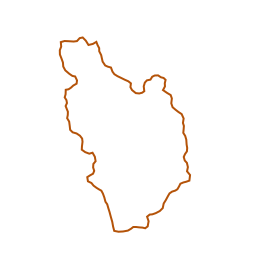 the district of Caputira, Minas Gerais, Brazil, rotated 164°
{"feature_id": "56859067B74666845196583", "entity_name": "Caputira", "entity_type": "district", "adm_level": 2, "iso_a3": "BRA", "parent_name": "Brazil", "parent_adm1": "Minas Gerais", "projection": "robinson", "projection_center": [-42.251, -20.183], "detail": "fine", "context": "isolated", "style": "outline", "palette": "amber", "viewbox_px": 256, "rotation_deg": 164, "n_neighbors": 0, "source": "geoboundaries", "source_scale": "gbopen_adm2", "svg_char_len": 2017}
<svg xmlns="http://www.w3.org/2000/svg" viewBox="0 0 256 256"><g transform="rotate(164 128 128)"><path d="M77.9,147.9L80.9,151.1L83.9,154.8L81.0,157.8L80.3,160.9L78.6,163.9L80.0,166.3L82.4,167.7L84.6,170.3L87.9,171.1L90.6,170.6L93.1,168.3L96.7,168.6L99.3,167.0L101.4,163.7L102.2,158.9L104.7,158.0L107.7,158.1L110.9,159.4L113.7,163.4L114.4,166.6L112.9,170.1L114.8,172.8L117.8,175.3L121.1,178.3L123.9,180.8L126.3,183.5L127.4,186.5L127.7,190.8L130.6,192.6L132.7,194.4L134.1,198.8L133.9,202.3L133.7,205.5L134.5,209.7L133.7,212.7L134.4,216.1L134.7,219.5L138.6,218.5L143.1,218.7L144.5,223.6L146.6,227.5L149.7,227.7L153.1,225.6L156.4,226.1L160.3,227.5L165.0,229.1L168.9,229.1L169.8,224.6L172.1,221.6L173.2,217.4L172.8,213.3L172.5,208.9L173.3,204.9L172.4,200.7L169.5,196.3L167.1,193.4L164.6,192.1L163.9,187.8L165.2,184.8L168.9,183.9L171.9,182.4L174.5,181.6L177.3,181.9L178.7,177.6L180.4,174.9L179.5,171.7L179.8,168.8L181.9,166.3L181.6,163.1L181.3,160.2L182.3,157.1L183.8,154.2L182.8,150.4L183.4,146.3L184.1,142.2L182.4,139.1L178.9,136.9L176.3,133.8L175.0,130.5L175.5,127.3L177.3,123.1L178.4,119.9L175.8,116.6L172.3,114.0L168.9,114.0L167.8,109.5L168.3,105.0L171.2,103.0L172.4,99.7L172.3,96.1L174.2,93.7L177.3,93.0L180.7,92.0L181.2,87.8L178.3,85.2L177.0,82.1L174.7,79.1L172.8,77.0L170.9,75.1L170.2,71.9L169.9,67.7L170.0,63.3L169.0,60.4L169.0,56.1L168.9,52.3L169.0,47.5L169.0,42.2L169.5,37.2L169.6,32.9L165.7,30.9L161.3,29.9L156.4,29.4L152.9,30.3L150.2,31.4L147.5,30.6L144.4,29.3L141.6,28.3L139.1,26.9L136.2,28.0L133.9,32.7L134.1,37.5L131.0,38.8L128.4,38.3L124.8,38.5L120.4,39.4L116.7,41.4L114.5,45.6L111.5,48.3L108.3,51.6L106.1,53.7L103.2,54.7L99.8,54.8L97.4,55.5L95.0,57.8L93.0,60.0L89.8,60.4L87.0,60.3L83.5,60.5L81.3,65.7L83.2,70.1L81.2,73.9L81.0,78.3L82.4,81.1L82.4,84.8L80.4,87.2L77.8,89.3L76.6,92.5L76.2,96.0L75.2,100.7L75.2,104.6L76.2,108.1L74.8,111.6L73.7,114.6L73.8,117.7L71.9,121.8L72.6,126.6L75.1,129.5L77.3,132.5L79.4,135.7L79.6,139.8L77.7,144.3L77.9,147.9Z" fill="none" stroke="#b45309" stroke-width="2"/></g></svg>